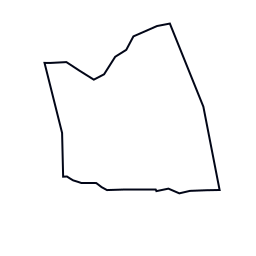 outline of Roblot, Choiseul, Saint Lucia, rotated 249°
{"feature_id": "8701671B17506768267168", "entity_name": "Roblot", "entity_type": "district", "adm_level": 2, "iso_a3": "LCA", "parent_name": "Saint Lucia", "parent_adm1": "Choiseul", "projection": "mercator", "projection_center": [-61.023, 13.804], "detail": "fine", "context": "isolated", "style": "outline", "palette": "ink", "viewbox_px": 256, "rotation_deg": 249, "n_neighbors": 0, "source": "geoboundaries", "source_scale": "gbopen_adm2", "svg_char_len": 562}
<svg xmlns="http://www.w3.org/2000/svg" viewBox="0 0 256 256"><g transform="rotate(249 128 128)"><path d="M218.7,73.4L147.0,64.7L105.8,50.0L104.6,53.6L101.6,55.8L98.8,58.0L95.4,62.3L93.4,64.7L89.4,75.1L88.0,78.6L87.4,79.0L82.2,82.2L80.1,84.0L77.6,86.1L72.2,101.6L60.6,131.8L59.5,131.9L58.9,131.9L56.9,144.0L48.6,152.5L47.1,163.3L41.8,178.9L37.3,191.3L37.9,191.4L120.9,206.0L210.5,204.5L212.8,191.6L211.6,165.9L201.6,154.4L199.1,141.6L186.7,124.9L185.4,113.4L199.1,103.1L211.6,94.1L216.6,78.7L218.7,73.4Z" fill="none" stroke="#020617" stroke-width="2"/></g></svg>